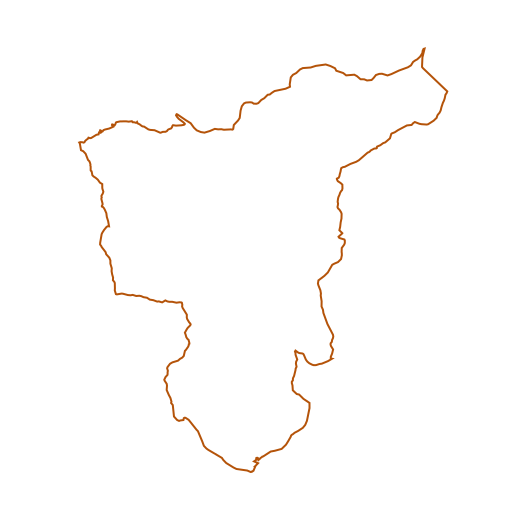 Crucea, Suceava, Romania, rotated 183°
{"feature_id": "2599482B26310091603045", "entity_name": "Crucea", "entity_type": "district", "adm_level": 2, "iso_a3": "ROU", "parent_name": "Romania", "parent_adm1": "Suceava", "projection": "albers", "projection_center": [25.599, 47.366], "detail": "fine", "context": "isolated", "style": "outline", "palette": "amber", "viewbox_px": 512, "rotation_deg": 183, "n_neighbors": 0, "source": "geoboundaries", "source_scale": "gbopen_adm2", "svg_char_len": 6079}
<svg xmlns="http://www.w3.org/2000/svg" viewBox="0 0 512 512"><g transform="rotate(183 256 256)"><path d="M438.4,360.0L437.8,359.1L436.3,352.5L434.0,351.6L431.5,349.2L428.8,343.2L427.3,341.8L426.5,340.0L426.1,338.6L426.2,337.8L425.8,336.7L425.6,332.9L425.3,332.4L424.8,332.2L424.5,331.6L423.6,328.0L422.2,326.8L420.4,325.8L418.0,324.0L415.7,321.1L413.3,319.8L413.1,316.3L412.9,315.1L411.8,312.2L412.3,310.3L413.4,308.3L413.5,307.7L413.1,306.3L413.4,305.6L413.4,304.8L412.0,300.4L411.9,299.4L412.6,297.8L412.5,297.3L411.4,296.9L410.5,296.0L409.4,294.3L407.7,290.9L407.0,287.1L405.5,283.1L404.3,277.9L405.5,278.0L406.7,277.3L409.0,274.2L410.6,271.4L411.3,269.7L412.3,261.1L412.3,259.3L411.1,257.9L410.6,256.9L406.4,252.0L405.7,249.9L402.4,246.6L401.2,244.0L401.0,240.7L399.4,236.2L399.4,233.2L398.7,230.2L397.6,227.0L397.6,224.3L396.1,222.7L395.6,221.6L395.2,216.4L395.2,214.2L393.9,210.6L393.3,210.4L392.4,210.5L388.4,211.4L387.1,211.4L381.9,210.3L379.2,210.2L377.1,210.7L373.5,209.8L370.4,210.2L369.3,210.0L368.5,209.9L366.2,209.0L362.7,208.6L359.8,206.9L356.2,206.5L352.3,205.3L350.7,205.6L347.9,204.9L347.2,204.8L344.2,206.9L342.1,206.0L340.1,205.7L337.4,205.9L333.0,205.2L329.9,205.8L328.0,205.7L327.6,205.5L327.0,203.3L327.2,202.0L326.6,200.4L322.0,193.8L321.9,190.9L321.4,189.4L319.3,186.3L318.0,185.0L317.7,184.0L318.3,183.0L320.4,180.7L321.4,179.0L323.0,175.7L322.2,173.9L321.3,171.2L320.1,169.6L319.0,168.8L318.0,165.7L317.9,164.9L318.5,164.4L318.5,163.4L319.0,161.9L321.2,158.4L322.0,157.6L322.9,152.4L324.4,150.6L326.5,149.3L328.4,147.4L333.9,145.4L336.2,143.9L338.5,140.5L338.9,139.3L338.0,136.7L338.2,135.3L338.1,133.6L338.2,132.6L340.0,130.4L341.1,127.7L340.8,126.8L338.5,123.7L338.1,121.9L338.2,117.5L335.8,112.7L334.0,109.7L332.8,106.1L333.1,104.8L331.3,102.8L329.5,91.4L326.2,88.1L324.2,87.3L323.0,87.8L319.9,88.4L319.6,90.3L318.7,90.8L317.9,90.7L314.7,88.9L306.3,79.4L304.8,78.0L300.0,68.1L298.1,63.7L295.5,61.2L293.5,59.9L279.5,52.6L278.0,50.6L274.9,47.7L267.4,43.6L264.4,42.3L253.5,41.3L250.0,40.0L248.8,40.3L248.4,40.6L248.6,40.7L247.3,41.4L245.6,46.1L245.8,46.1L243.1,49.2L247.2,50.8L245.3,52.3L245.1,54.3L244.3,54.6L243.5,54.3L243.3,52.8L243.0,52.3L241.6,53.6L241.0,54.5L239.8,55.3L239.2,56.0L238.4,56.2L231.1,61.5L227.0,62.5L220.3,64.7L216.2,69.1L214.3,72.5L212.0,77.0L211.5,78.6L210.9,79.3L209.9,79.9L208.2,81.5L204.8,83.5L200.3,86.8L198.0,89.9L196.5,94.1L194.6,106.9L194.9,112.1L201.1,115.8L205.7,119.9L208.1,120.3L212.2,123.8L212.8,128.7L213.6,131.0L213.6,132.5L212.7,133.6L212.7,135.8L211.7,138.2L210.6,144.0L210.5,145.6L209.7,147.5L210.5,150.6L210.4,152.5L209.4,154.8L211.3,159.4L211.5,161.2L212.1,162.6L211.6,163.6L208.7,161.7L207.6,161.3L204.7,161.1L203.9,160.8L203.5,160.5L202.9,159.5L200.8,155.2L199.3,153.3L197.2,151.7L194.0,150.3L192.5,150.0L190.3,150.2L186.9,151.5L184.7,151.9L178.6,154.8L174.7,157.4L176.0,157.6L176.0,159.4L174.9,162.5L174.1,166.7L176.4,170.0L176.9,171.4L176.9,172.7L175.8,174.2L175.6,176.2L174.9,177.8L174.6,179.6L175.0,181.4L181.1,191.8L185.7,202.6L186.3,205.8L187.9,209.0L188.1,214.3L189.3,219.9L189.2,222.0L189.9,225.1L192.1,229.9L192.7,231.6L192.4,234.9L186.7,239.7L183.4,243.3L179.4,251.2L177.3,252.5L173.8,254.2L170.9,257.4L170.3,261.2L170.5,263.6L170.7,264.3L170.8,268.5L168.5,272.0L168.0,273.6L168.1,276.1L168.6,277.1L173.1,278.2L174.2,278.8L174.6,279.6L171.5,282.6L171.0,283.3L174.1,286.1L173.5,289.3L173.2,294.1L172.6,297.9L172.7,302.6L173.3,304.1L175.0,306.5L176.6,307.9L177.2,309.2L176.9,311.0L176.8,312.8L177.3,314.3L177.1,317.3L176.8,319.1L175.8,321.6L175.4,323.3L174.5,325.1L173.5,326.3L173.2,328.0L173.5,331.8L175.3,333.3L178.2,335.0L179.2,336.7L179.3,337.5L177.5,338.5L176.9,340.1L176.6,342.2L176.0,344.7L175.7,347.2L175.4,348.3L173.7,349.3L172.0,349.7L166.5,352.9L160.9,355.3L158.3,357.0L149.9,365.1L148.7,365.6L147.5,366.6L147.1,367.3L143.5,369.5L141.6,369.7L141.0,370.1L141.0,371.2L140.8,371.6L137.7,373.1L134.9,375.4L132.9,376.2L128.4,380.5L127.3,385.0L126.8,385.5L123.9,386.8L120.8,389.1L112.1,394.3L107.5,395.0L106.0,396.9L104.4,398.1L99.8,396.6L97.7,396.3L92.4,396.2L91.0,396.6L85.7,400.4L82.8,403.5L82.5,405.0L81.9,406.5L80.2,408.7L79.2,411.0L78.6,414.3L77.4,418.7L76.5,420.8L75.8,423.3L75.2,427.1L74.3,428.4L73.6,430.4L99.2,452.4L100.1,453.5L100.2,463.0L98.5,472.0L99.5,471.6L100.3,469.6L100.5,467.3L102.5,463.7L105.3,460.8L107.3,459.6L109.3,458.0L111.2,454.5L114.2,452.4L122.9,448.7L130.2,444.8L134.1,443.2L139.7,444.6L142.5,444.3L145.7,443.0L147.9,439.9L149.8,437.8L154.3,437.1L157.2,438.1L160.9,438.0L164.6,440.9L167.3,442.2L175.4,441.1L178.5,443.3L185.5,445.2L186.9,447.6L191.6,449.6L196.4,450.9L206.2,449.0L211.3,447.1L219.1,446.1L221.8,444.6L225.4,440.8L228.6,438.9L230.6,436.2L231.3,429.2L230.9,426.8L235.2,424.6L246.1,421.7L248.7,419.8L250.7,418.0L252.8,417.6L256.0,414.0L258.9,412.1L261.7,408.8L263.4,408.1L266.2,408.0L268.1,409.1L270.0,409.2L274.1,408.7L275.9,407.8L278.0,404.8L279.0,400.4L279.5,393.0L281.0,390.4L285.0,385.7L285.4,381.7L286.0,381.0L288.0,381.1L294.7,380.4L297.3,380.8L300.4,380.5L303.8,380.8L308.6,378.4L313.9,376.5L317.6,376.9L321.8,378.4L324.7,380.9L328.2,385.2L333.1,387.9L341.8,393.2L342.6,393.5L342.9,393.2L343.2,392.3L341.9,390.5L340.3,388.9L335.5,385.7L334.0,384.3L334.1,383.8L334.9,383.2L337.5,382.6L342.7,382.0L345.7,382.3L346.3,381.5L346.6,380.3L347.4,379.0L349.9,377.9L350.6,377.4L351.5,376.1L352.9,375.3L355.6,375.1L357.5,374.2L358.1,374.1L363.9,376.3L368.3,376.4L370.1,376.8L374.6,379.4L375.7,379.4L376.8,379.8L379.1,381.4L381.1,382.2L381.8,383.6L382.3,382.9L382.8,382.7L384.7,383.2L386.0,383.1L386.6,383.9L387.1,384.1L387.5,383.8L388.1,383.9L390.1,383.5L392.8,383.7L398.8,383.3L402.5,382.3L402.9,381.8L403.5,379.9L404.1,379.0L406.0,379.9L406.6,379.8L406.7,379.2L405.4,377.6L406.5,377.0L409.3,375.6L413.4,374.4L414.9,373.7L415.8,372.3L416.4,372.4L417.9,373.4L418.3,373.3L418.2,372.7L417.3,371.2L417.6,370.9L419.2,371.2L419.4,370.5L419.6,369.2L421.7,368.7L426.8,365.2L427.9,365.0L429.5,365.4L430.1,364.2L431.2,363.4L432.6,362.0L433.3,360.6L434.1,360.2L435.3,360.5L437.6,360.5L438.0,360.1L438.4,360.0Z" fill="none" stroke="#b45309" stroke-width="2"/></g></svg>